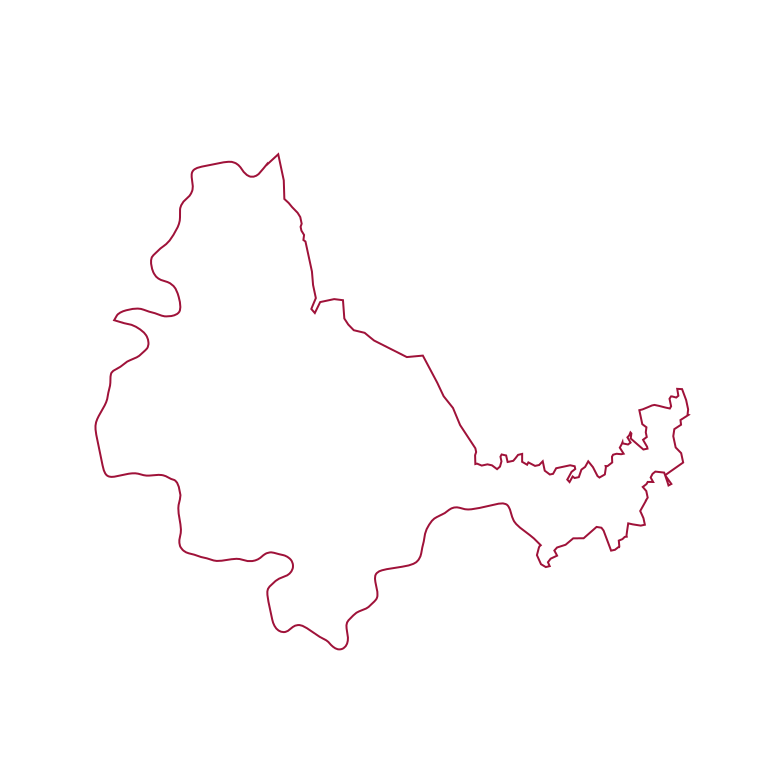 outline of Comendador, La Estrelleta, Dominican Republic, rotated 168°
{"feature_id": "3306468B70878351440693", "entity_name": "Comendador", "entity_type": "district", "adm_level": 2, "iso_a3": "DOM", "parent_name": "Dominican Republic", "parent_adm1": "La Estrelleta", "projection": "robinson", "projection_center": [-71.739, 18.919], "detail": "fine", "context": "isolated", "style": "outline", "palette": "rose", "viewbox_px": 768, "rotation_deg": 168, "n_neighbors": 0, "source": "geoboundaries", "source_scale": "gbopen_adm2", "svg_char_len": 6148}
<svg xmlns="http://www.w3.org/2000/svg" viewBox="0 0 768 768"><g transform="rotate(168 384 384)"><path d="M265.8,192.8L266.7,191.4L270.0,184.8L269.4,182.0L267.9,175.1L263.8,171.3L259.8,171.4L260.7,175.6L257.3,178.5L250.4,180.1L250.9,182.0L252.0,185.7L248.7,188.1L239.8,189.0L231.0,193.7L220.8,191.6L205.8,200.0L201.2,198.2L199.7,195.0L196.5,173.8L192.6,173.8L188.4,175.8L187.9,175.6L187.6,176.2L186.9,182.0L183.0,182.7L180.3,184.4L178.3,184.2L178.3,185.4L176.6,190.2L174.1,196.9L169.9,195.0L162.3,192.1L158.1,192.1L158.1,198.8L159.1,203.5L159.8,206.5L151.9,215.5L152.0,215.7L150.2,217.5L149.7,218.0L149.7,224.8L150.1,225.5L152.3,229.5L148.1,231.5L146.4,233.4L141.1,232.2L142.6,237.1L140.0,240.3L136.8,241.9L128.4,239.1L128.0,236.3L123.7,238.2L107.7,245.0L107.7,249.7L107.7,251.8L107.7,254.6L111.9,261.3L111.9,272.8L109.4,279.5L101.9,282.4L101.5,287.1L92.5,290.5L93.4,291.1L91.8,295.9L91.8,305.4L93.5,317.0L98.2,318.3L98.5,311.3L101.0,310.0L104.9,312.0L105.8,312.2L107.8,310.2L107.8,302.5L109.5,300.6L113.7,302.5L119.5,305.4L123.8,307.3L126.3,307.3L130.9,306.4L136.4,305.4L139.7,305.3L139.7,291.0L136.3,287.1L138.0,282.3L138.0,278.3L138.0,277.5L142.2,275.6L141.8,274.2L139.7,267.9L139.7,266.0L143.9,266.0L147.7,271.0L154.0,279.4L152.3,284.2L153.0,285.4L154.8,282.8L157.0,281.2L155.0,275.4L157.9,274.1L162.9,276.3L162.8,277.5L164.1,275.6L166.6,272.7L164.1,266.0L166.6,266.0L171.0,267.4L174.6,267.2L176.1,265.5L177.1,259.8L182.5,257.2L184.3,257.7L184.3,256.3L186.8,249.6L192.7,247.7L194.3,249.6L196.9,259.2L200.3,265.9L204.5,261.1L208.7,259.2L212.8,252.4L217.1,252.4L218.7,254.3L222.9,249.5L224.6,252.4L222.9,254.3L218.8,259.1L214.6,261.1L214.6,261.6L214.6,262.7L214.6,263.0L214.6,263.9L218.8,265.8L233.1,265.8L237.3,261.0L240.6,261.0L244.8,265.8L244.8,275.4L249.1,272.5L253.3,272.5L259.1,277.3L260.8,275.3L265.1,279.2L264.9,279.9L263.4,286.9L267.6,286.8L270.9,284.0L273.5,282.0L279.3,282.0L279.4,288.7L283.6,290.6L284.1,290.0L285.2,288.7L285.2,283.9L287.7,279.1L291.1,277.2L295.3,282.0L299.5,283.9L305.4,283.9L309.6,286.8L311.3,286.7L309.7,295.4L308.0,298.3L308.0,302.1L309.6,306.2L318.1,328.0L321.5,346.2L328.2,359.6L330.9,371.0L331.6,374.0L340.1,403.7L356.1,405.6L384.7,428.6L387.7,432.3L392.3,438.1L402.4,442.9L406.6,449.6L409.2,456.3L406.7,474.5L415.1,477.4L429.4,477.4L436.9,467.8L439.5,472.5L437.4,475.6L432.8,482.2L432.8,495.6L431.1,509.0L431.2,539.7L432.9,541.6L431.2,546.4L432.9,551.2L432.9,555.1L431.2,557.9L431.2,564.7L432.9,569.4L437.1,576.1L439.6,580.9L443.0,585.7L439.7,604.0L439.7,630.7L452.5,623.1L452.5,623.6L457.2,619.8L463.0,615.4L465.6,614.3L468.5,613.9L471.3,614.5L472.6,615.2L474.7,617.0L477.1,620.5L479.4,625.9L480.9,628.4L482.8,630.5L484.0,631.4L486.7,632.9L489.9,633.7L494.8,634.2L517.1,634.5L521.8,634.2L524.7,633.4L526.0,632.7L527.1,631.7L527.9,630.6L528.5,629.2L529.1,626.4L529.9,617.2L530.8,614.2L531.4,612.9L533.1,610.5L535.1,608.5L542.2,604.1L545.2,601.0L546.7,598.5L547.2,597.1L548.9,589.4L549.8,586.3L551.3,583.2L553.2,580.3L558.9,573.7L563.9,568.9L568.0,566.1L574.6,563.0L582.7,558.0L584.8,556.2L586.1,553.5L586.8,550.1L586.9,544.8L586.4,541.2L585.9,539.5L584.6,536.4L582.8,534.1L580.6,532.2L574.5,528.7L572.3,527.0L569.5,523.6L568.1,520.6L567.0,515.4L566.7,511.8L566.6,506.6L567.2,501.6L568.3,498.5L569.2,497.2L570.5,496.2L571.9,495.5L574.9,494.8L578.0,494.7L582.9,495.4L584.5,495.8L587.3,497.1L593.4,500.9L598.7,503.6L603.6,506.6L606.2,508.0L609.3,509.0L614.2,509.7L620.8,509.7L624.1,509.4L627.1,508.7L629.9,507.5L631.0,506.6L634.7,502.5L625.5,497.5L618.7,494.4L614.8,491.6L611.2,488.1L608.1,484.2L606.6,481.2L606.1,479.7L605.6,476.5L605.8,473.4L606.1,471.9L607.4,469.2L608.3,468.1L610.5,466.6L617.5,462.5L620.3,461.5L627.7,460.0L630.6,459.3L638.2,455.7L646.0,453.2L648.2,451.7L649.0,450.5L650.0,448.0L651.4,442.2L652.3,439.4L655.5,432.7L657.9,426.8L659.6,423.9L661.7,421.1L669.7,412.0L671.8,409.3L673.6,406.4L674.9,403.1L675.6,399.6L676.0,394.2L676.2,362.9L676.0,357.8L675.3,354.6L674.7,353.2L673.8,351.9L672.6,350.9L671.3,350.3L669.9,349.8L667.0,349.4L652.4,349.3L649.2,349.0L646.0,348.4L643.2,347.4L638.1,344.8L635.4,343.8L632.5,343.2L623.4,342.0L620.5,341.2L619.0,340.6L616.6,339.2L612.0,335.4L609.1,333.7L608.2,332.8L606.9,330.4L606.1,326.1L606.2,317.6L607.6,313.6L610.1,308.3L611.0,305.3L611.8,300.0L612.3,289.1L612.9,283.8L613.8,280.5L616.6,274.0L617.2,271.1L617.2,267.9L616.8,266.4L615.5,263.7L614.7,262.6L612.6,260.5L610.2,259.0L605.1,256.5L598.9,252.8L593.5,250.3L587.3,246.8L584.4,245.7L579.5,244.9L569.6,244.3L564.7,243.7L561.6,242.8L554.1,239.1L549.7,238.2L546.7,238.2L543.8,238.7L541.1,239.7L537.6,241.6L535.1,242.6L533.7,242.9L530.8,243.0L529.4,242.8L526.8,241.8L521.9,239.3L518.0,237.5L516.7,236.8L514.4,235.0L512.5,232.8L511.7,231.5L511.1,230.1L510.8,228.5L510.6,226.9L510.8,225.2L511.2,223.6L511.8,222.3L513.6,219.9L515.8,218.2L518.4,217.0L527.1,215.4L531.0,213.9L538.0,209.7L540.0,207.8L540.7,206.5L541.3,205.1L541.9,201.9L542.3,195.1L542.3,177.0L542.1,173.5L541.4,170.2L540.2,167.2L538.4,164.8L536.2,163.1L533.5,162.1L532.0,162.0L529.3,162.5L523.7,165.3L521.1,166.1L518.3,166.1L516.8,165.8L514.0,164.4L510.2,161.2L499.4,150.0L493.8,145.3L492.1,143.3L490.1,139.8L488.5,137.6L486.6,135.6L484.3,134.1L482.9,133.7L481.4,133.5L479.9,133.6L478.5,134.0L476.0,135.5L474.1,137.7L472.8,140.4L472.0,143.4L471.4,152.8L470.9,155.8L469.7,158.4L467.8,160.3L462.2,164.0L458.5,166.0L455.6,166.8L448.2,168.1L445.5,169.1L438.5,173.4L436.4,175.0L435.5,176.1L434.7,177.5L434.3,178.9L433.7,182.1L433.6,192.2L433.3,195.4L432.4,198.3L431.5,199.6L430.3,200.6L427.6,201.8L424.6,202.2L419.8,202.3L404.3,201.5L397.6,201.4L392.6,202.0L389.5,203.0L387.1,204.6L386.1,205.6L384.2,207.9L382.8,210.6L380.5,216.2L377.9,221.6L375.0,228.9L372.5,233.1L369.2,236.9L365.6,240.2L362.8,241.9L359.9,242.9L351.4,245.1L346.5,247.4L343.9,248.3L341.1,248.6L338.3,248.2L335.8,247.2L330.9,244.7L327.9,243.8L324.7,243.3L316.3,242.9L296.7,243.1L292.5,242.5L290.0,241.3L288.9,240.4L288.1,239.2L287.6,237.9L286.9,235.1L286.3,227.4L285.7,224.2L285.3,222.6L283.8,219.5L280.8,215.2L272.8,205.9L269.5,201.8L264.2,193.7L265.8,192.8ZM128.0,236.3L127.1,229.0L126.8,225.6L123.7,226.5L128.0,236.3Z" fill="none" stroke="#9f1239" stroke-width="2"/></g></svg>